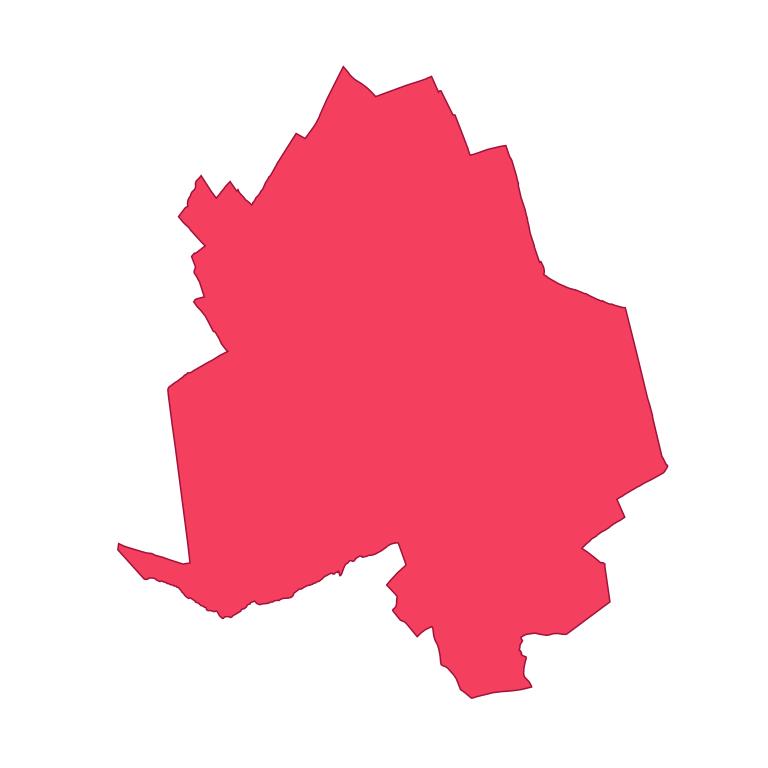 Aroneanu, Iasi, Romania, rotated 266°
{"feature_id": "2599482B41407607343101", "entity_name": "Aroneanu", "entity_type": "district", "adm_level": 2, "iso_a3": "ROU", "parent_name": "Romania", "parent_adm1": "Iasi", "projection": "equal_earth", "projection_center": [27.602, 47.231], "detail": "fine", "context": "isolated", "style": "filled", "palette": "rose", "viewbox_px": 768, "rotation_deg": 266, "n_neighbors": 0, "source": "geoboundaries", "source_scale": "gbopen_adm2", "svg_char_len": 6135}
<svg xmlns="http://www.w3.org/2000/svg" viewBox="0 0 768 768"><g transform="rotate(266 384 384)"><path d="M410.7,195.2L409.4,193.2L408.8,191.5L408.7,189.3L408.8,188.9L407.3,187.4L406.8,185.9L404.7,183.4L402.6,180.0L401.7,179.0L400.0,175.6L395.8,169.1L393.9,168.1L393.0,168.0L387.7,168.1L355.8,170.0L337.4,171.3L237.5,177.2L219.0,178.0L218.6,172.5L218.3,171.2L223.4,158.4L226.6,151.0L229.1,143.9L231.1,140.5L232.0,135.5L234.3,129.0L239.2,116.2L240.4,113.4L243.3,108.2L237.2,106.9L206.0,131.3L206.1,132.2L205.6,133.0L205.7,134.2L206.8,136.4L206.7,138.8L206.4,140.7L205.5,142.3L204.1,143.7L202.6,146.6L202.6,147.1L203.0,148.1L202.8,149.1L201.9,150.3L201.6,151.9L200.0,154.0L199.8,155.4L198.7,156.9L198.3,159.3L197.6,159.8L197.1,160.7L196.9,162.3L196.0,162.9L195.4,164.4L194.7,165.1L192.2,167.1L190.5,167.9L188.8,169.5L187.0,170.5L185.2,172.2L183.7,174.3L184.1,175.7L184.0,176.1L180.6,180.5L179.6,180.7L179.4,181.0L179.0,182.2L177.9,184.1L175.9,185.7L175.6,186.3L175.0,188.2L174.0,189.0L173.4,190.5L173.1,190.9L171.4,191.2L170.6,191.9L170.2,192.8L170.1,195.0L169.4,197.2L168.9,197.9L168.8,199.2L169.2,200.4L169.1,201.2L167.4,202.4L166.5,202.6L163.7,204.2L161.5,206.4L161.5,207.5L162.6,208.6L162.9,210.0L162.9,211.5L162.6,213.1L161.8,214.6L162.1,215.8L163.5,217.3L165.8,222.3L166.2,222.5L166.4,222.9L166.4,223.3L166.9,224.1L167.1,224.8L167.7,225.4L168.8,226.0L169.7,227.5L169.4,228.6L171.3,231.3L172.7,231.9L173.6,233.3L173.8,234.9L175.1,235.6L175.5,236.3L176.0,238.6L176.5,239.4L175.8,240.4L174.2,241.5L173.6,242.3L172.5,244.9L173.2,247.1L173.1,248.2L173.3,253.3L173.7,254.3L174.4,255.6L174.3,257.8L175.6,260.0L175.4,260.9L175.6,262.0L175.4,264.3L176.2,265.4L177.1,268.1L177.2,270.7L177.1,273.2L177.5,275.9L178.3,277.6L179.1,278.3L180.1,279.0L181.5,279.4L184.4,283.9L185.1,284.6L185.3,285.1L185.2,287.1L187.1,290.6L187.4,291.7L188.4,293.5L188.3,294.4L188.6,296.5L189.2,298.1L189.2,298.9L190.1,299.5L190.3,301.7L191.2,303.1L191.8,305.6L194.3,309.3L194.9,309.7L196.3,311.7L196.9,313.6L197.6,314.5L197.6,314.9L198.9,317.9L199.0,318.8L198.1,319.6L197.9,321.2L199.0,322.2L199.5,323.2L199.6,323.9L199.3,324.5L200.5,325.4L200.3,325.6L195.9,326.6L196.3,327.6L197.3,328.4L203.2,331.0L206.7,332.9L207.9,335.3L210.0,337.4L210.2,338.2L210.0,339.0L209.2,340.6L209.7,342.0L211.7,343.7L212.4,344.6L214.1,347.9L213.7,349.6L212.8,350.1L212.7,351.3L213.1,352.3L213.2,354.4L214.2,357.0L214.1,359.5L214.5,361.7L215.1,363.7L217.7,369.5L221.0,374.9L222.0,375.9L223.8,379.8L224.4,382.6L224.7,386.0L224.6,386.8L223.7,387.3L208.3,391.7L202.0,393.3L201.0,392.3L195.2,384.8L187.3,376.4L183.3,372.6L173.1,381.0L171.1,382.3L170.4,382.4L169.7,382.0L166.7,381.4L164.4,381.3L161.8,380.6L160.0,379.4L158.5,377.3L158.1,377.0L157.1,377.0L147.2,383.9L145.5,387.5L144.5,388.7L142.8,390.1L129.6,399.5L133.2,403.7L136.1,408.3L138.7,414.8L136.7,415.7L130.1,416.0L127.6,416.4L124.4,417.2L120.3,419.1L116.2,420.1L109.0,421.0L102.4,421.1L99.9,421.5L98.8,423.2L97.6,425.8L96.2,427.6L88.6,433.5L84.8,435.6L73.8,439.0L70.7,442.9L64.6,449.2L64.6,450.7L65.5,454.1L68.5,471.2L68.9,478.6L69.0,490.3L69.6,499.4L71.4,510.1L72.4,510.0L76.8,508.0L81.8,503.9L83.5,503.3L85.6,503.1L90.5,503.7L97.1,505.5L99.0,506.3L100.8,506.8L102.1,506.5L102.5,505.1L103.2,503.8L104.0,502.8L104.9,502.4L105.1,501.9L106.1,502.4L107.4,501.9L108.5,501.3L108.8,500.4L111.9,501.2L114.2,501.5L118.2,504.3L120.8,503.0L121.7,502.9L122.9,505.0L124.3,508.4L124.9,516.1L124.8,518.5L124.2,519.4L123.4,522.3L122.0,528.5L122.1,531.0L123.3,536.3L123.0,536.9L123.1,538.0L123.0,539.9L121.8,545.1L121.6,547.9L121.9,549.0L150.9,594.2L186.6,591.6L189.0,591.8L190.1,590.6L190.6,589.0L190.6,587.5L191.1,587.2L196.5,581.5L202.4,574.9L206.1,570.0L206.7,570.4L210.1,574.3L213.4,578.9L214.5,579.7L215.0,580.4L217.4,585.1L218.4,586.1L221.3,590.8L222.5,593.7L224.8,598.1L226.3,600.1L228.5,603.5L228.9,604.7L230.3,607.1L231.2,609.5L234.3,614.9L252.7,608.3L254.4,611.3L255.6,614.2L257.2,616.7L263.6,629.5L264.6,632.2L266.9,636.5L270.3,644.7L275.9,656.6L277.1,657.8L281.7,661.1L283.2,661.1L283.6,660.1L291.4,656.8L292.2,656.2L331.4,649.7L334.0,649.6L345.0,647.5L351.1,646.0L397.8,638.1L442.9,630.1L443.3,629.9L443.4,629.4L443.6,627.6L446.4,619.6L447.9,616.5L447.8,615.6L448.1,614.4L449.6,611.3L451.8,607.6L451.3,607.1L452.7,604.5L453.5,602.7L457.7,595.3L459.7,592.2L460.6,589.6L464.1,582.6L466.4,575.8L468.2,572.1L472.0,564.9L478.1,555.8L480.6,553.0L481.8,551.2L482.2,550.9L483.1,551.4L485.3,551.8L488.6,551.5L490.2,551.1L495.2,549.0L494.5,547.7L509.9,543.6L511.2,543.6L524.4,540.3L531.7,539.5L536.8,538.6L538.8,538.6L542.7,537.7L548.2,536.9L560.1,533.8L572.8,531.8L574.8,532.1L578.6,531.1L582.1,530.7L597.9,527.2L599.9,526.4L601.9,525.2L613.4,522.2L612.9,516.7L610.7,503.5L606.9,489.7L606.4,485.7L613.4,484.0L625.4,480.4L647.4,473.6L647.7,471.5L672.5,461.3L672.6,460.3L672.2,459.4L671.4,458.7L687.5,452.9L685.9,448.0L685.4,447.1L683.8,441.2L680.4,427.2L671.3,395.8L676.8,391.3L680.4,388.0L685.5,382.1L689.6,376.4L692.3,373.7L694.7,371.6L697.0,370.3L703.4,365.5L672.6,347.2L657.0,338.9L654.5,337.8L649.0,334.4L646.3,332.5L634.4,322.5L640.0,313.8L610.5,292.1L609.4,291.7L607.1,290.0L602.7,287.3L601.4,286.2L600.0,285.5L598.6,283.6L596.6,282.5L593.0,279.8L588.3,277.4L586.4,276.3L585.6,275.2L581.5,272.4L578.5,269.1L575.8,267.6L574.0,265.7L573.2,265.7L571.8,264.4L574.6,262.1L577.7,258.5L579.6,257.4L585.1,253.0L588.1,251.9L586.6,250.6L596.7,244.6L592.5,240.0L589.4,237.4L587.1,235.0L585.1,233.5L581.2,229.6L588.2,225.1L604.6,216.1L603.0,214.7L599.5,210.8L597.6,209.9L593.7,209.8L592.4,209.3L590.6,207.9L590.3,207.4L588.8,205.7L587.1,204.7L585.0,203.9L583.1,202.4L580.8,201.2L577.8,200.5L575.0,200.7L574.6,200.2L574.1,198.7L573.2,197.6L565.3,190.7L559.5,194.8L556.7,197.2L553.6,200.3L550.8,201.9L537.5,212.4L534.3,215.3L528.4,206.5L527.3,204.6L527.7,204.3L527.7,203.9L524.6,200.9L513.7,204.2L510.0,202.5L508.0,202.4L503.8,204.8L501.1,205.8L499.0,207.0L483.5,210.8L481.8,202.5L481.2,201.4L479.1,199.9L478.0,200.7L473.9,203.2L470.0,206.5L463.8,210.7L448.8,217.2L448.3,217.6L447.7,219.2L440.7,222.7L435.5,224.6L428.8,229.0L427.4,230.5L424.3,222.9L419.9,214.7L417.4,209.0L410.7,195.2Z" fill="#f43f5e" stroke="#9f1239" stroke-width="1.5"/></g></svg>